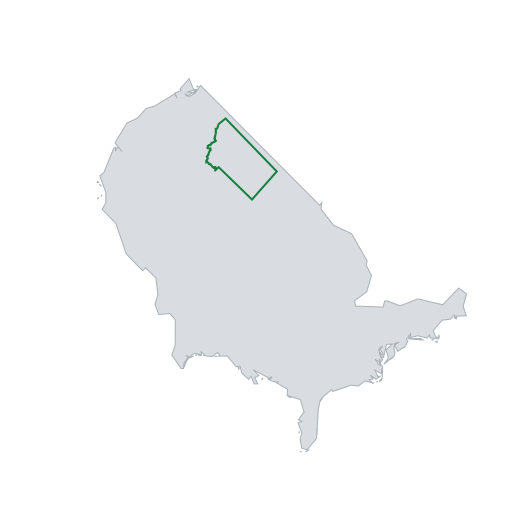 Montana on a map of United States of America (Albers equal-area conic projection), rotated 48°
{"feature_id": "USA-3515", "entity_name": "Montana", "entity_type": "State", "adm_level": 1, "iso_a3": "USA", "parent_name": "United States of America", "parent_adm1": "", "projection": "albers", "projection_center": [-112.826, 46.685], "detail": "fine", "context": "in_parent", "style": "outline", "palette": "green", "viewbox_px": 512, "rotation_deg": 48, "n_neighbors": 0, "source": "natural_earth", "source_scale": "10m", "svg_char_len": 7197}
<svg xmlns="http://www.w3.org/2000/svg" viewBox="0 0 512 512"><g transform="rotate(48 256 256)"><path d="M396.2,164.4L417.2,149.9L415.5,126.8L425.1,125.0L432.0,135.7L441.1,139.8L434.6,147.6L435.3,149.9L432.5,148.2L433.0,153.8L428.2,160.7L430.0,174.2L436.5,176.6L438.7,174.6L436.9,172.9L438.2,173.4L439.8,175.6L433.3,181.4L430.5,179.8L431.6,183.6L423.5,189.2L419.2,197.2L418.6,194.3L417.1,193.1L418.5,200.0L420.9,200.1L422.9,205.5L421.7,214.4L414.9,212.8L415.7,207.2L413.8,211.8L417.4,215.6L420.7,217.2L422.6,219.9L422.0,233.5L420.5,226.0L412.8,222.0L412.5,213.8L409.0,218.1L415.4,227.2L409.5,226.3L408.1,227.4L408.1,223.6L407.5,222.7L407.2,225.9L408.1,228.0L416.7,228.5L416.1,231.0L411.4,229.1L409.9,229.0L415.7,231.3L417.8,231.3L418.0,234.3L415.0,233.4L420.1,235.5L419.5,236.4L417.0,235.3L412.4,236.5L419.3,237.5L422.6,235.7L430.3,243.1L424.0,237.6L427.1,241.7L420.4,243.9L427.1,246.1L428.7,243.7L427.9,249.2L421.1,250.8L425.8,251.1L423.6,254.7L428.1,254.3L421.7,258.6L421.2,266.9L415.5,271.8L408.1,289.5L405.8,288.9L405.6,302.1L406.3,305.0L411.9,312.6L432.1,333.2L434.2,347.6L429.4,350.6L421.5,345.7L418.2,340.3L408.2,336.5L409.5,332.5L406.0,334.0L404.1,324.7L392.4,319.2L380.4,326.1L376.3,321.7L363.5,325.7L364.5,323.1L362.9,325.9L357.4,328.7L356.1,324.7L356.0,327.9L338.7,334.1L346.8,333.9L345.4,338.3L352.2,340.2L349.8,343.0L342.0,340.1L342.7,344.0L333.5,344.9L327.2,341.5L324.9,344.7L311.1,344.3L304.8,351.4L306.4,349.5L302.0,349.1L301.4,356.1L294.3,362.0L295.9,360.4L290.5,360.8L292.8,362.6L287.2,366.7L286.2,374.3L283.2,373.8L286.0,375.2L287.7,381.7L291.1,385.2L289.5,387.0L273.3,384.8L268.2,375.7L249.3,358.6L241.1,358.6L234.4,367.4L224.2,363.3L219.0,354.7L205.4,345.1L191.0,346.0L191.2,350.1L167.9,351.1L137.9,338.3L118.4,339.2L116.1,332.1L108.2,325.0L91.9,318.4L92.3,313.4L80.7,289.6L81.4,287.3L83.9,290.5L82.6,285.5L88.5,285.7L77.5,285.0L70.8,262.8L74.2,251.9L72.8,238.9L76.7,231.2L81.1,207.9L85.9,209.1L80.6,207.2L83.0,201.1L81.1,200.9L79.5,187.1L91.1,191.1L88.0,197.8L92.4,193.3L91.4,199.1L88.4,200.1L90.4,200.7L92.9,198.5L94.3,192.7L92.1,183.1L261.0,174.8L260.3,171.4L264.8,176.4L285.1,177.8L303.3,170.0L334.0,176.7L336.6,180.3L347.8,183.3L356.7,197.7L355.2,212.7L359.8,215.5L379.0,195.8L375.6,190.5L377.1,188.6L389.4,182.3L396.2,164.4ZM427.4,190.2L430.8,187.5L419.4,198.3L428.1,188.1L427.4,190.2ZM92.3,188.9L93.5,192.8L93.3,193.4L91.5,190.3L92.3,188.9ZM290.6,384.1L287.4,378.7L286.9,375.4L287.9,378.8L290.6,384.1ZM435.7,147.5L436.6,149.2L435.9,149.2L435.7,147.5ZM327.8,343.2L328.6,344.4L326.8,343.7L327.8,343.2ZM97.9,324.6L99.9,324.0L100.0,324.2L97.9,324.6ZM95.9,323.9L95.0,324.8L94.5,323.8L95.9,323.9ZM436.8,179.7L436.4,181.4L436.0,181.3L436.8,179.7ZM287.4,372.2L286.8,375.0L288.6,369.4L287.4,372.2ZM425.7,326.3L429.7,330.4L425.2,326.0L425.7,326.3ZM107.5,329.9L108.3,331.4L107.4,330.0L107.5,329.9ZM435.3,348.0L434.4,350.2L435.6,345.9L435.3,348.0ZM432.4,245.9L431.8,248.6L430.8,243.4L432.4,245.9ZM91.1,185.6L91.0,186.7L90.4,186.1L91.1,185.6ZM293.1,363.7L290.5,365.5L293.1,363.3L293.1,363.7ZM440.6,178.1L441.2,179.4L439.9,179.7L440.6,178.1ZM107.2,333.9L107.7,335.8L106.9,334.1L107.2,333.9ZM289.9,366.6L288.9,367.5L289.7,366.3L289.9,366.6ZM423.0,222.3L422.7,225.7L422.7,221.2L423.0,222.3ZM304.2,352.7L302.6,354.2L304.8,351.8L304.2,352.7ZM406.4,303.3L407.0,305.5L406.2,304.1L406.4,303.3ZM428.8,254.4L428.5,255.0L429.3,252.7L428.8,254.4ZM384.8,324.0L383.1,325.8L382.2,325.9L384.8,324.0ZM356.5,328.6L356.2,329.1L354.9,329.4L356.5,328.6ZM415.9,341.5L416.7,342.8L415.3,341.3L415.9,341.5ZM351.8,333.4L351.9,334.8L351.1,332.4L351.8,333.4ZM431.8,353.5L430.6,354.2L432.2,353.1L431.8,353.5ZM423.0,206.5L422.9,208.2L422.9,205.9L423.0,206.5ZM430.8,249.6L430.3,250.4L430.1,250.4L430.8,249.6Z" fill="#d9dde1" stroke="#a8b0b8" stroke-width="1"/><path d="M133.4,186.6L207.1,184.0L207.3,185.7L210.1,210.6L211.3,220.5L211.4,221.2L165.0,224.3L165.1,229.0L164.8,228.9L164.7,228.8L164.5,228.6L164.4,228.4L164.2,228.2L164.0,227.7L163.9,227.7L163.7,227.5L163.7,227.4L163.4,227.0L163.3,226.8L163.0,226.6L162.9,226.6L162.8,226.8L162.7,226.8L162.4,226.9L162.3,227.0L162.4,227.3L162.4,227.5L162.2,227.6L162.1,227.8L162.0,228.0L162.1,228.3L162.3,228.4L162.4,228.5L162.2,228.6L161.8,228.4L161.7,228.4L161.0,228.4L160.9,228.4L160.5,228.7L160.3,228.7L160.1,228.8L159.9,228.7L159.6,228.5L159.3,228.5L159.2,228.5L158.9,228.6L158.2,228.7L157.8,228.6L157.4,228.6L157.2,228.4L157.1,228.5L156.7,228.7L156.5,228.8L156.5,229.0L156.3,229.4L156.1,229.5L155.8,229.3L155.7,229.3L155.4,229.3L155.3,229.2L155.2,229.2L154.4,229.1L154.2,229.0L153.9,229.2L153.7,229.2L153.3,229.6L153.2,229.7L153.2,229.8L153.3,230.1L153.2,230.3L153.1,230.2L152.9,230.0L152.9,229.9L152.6,229.8L152.3,229.6L152.1,229.5L152.1,229.4L152.0,229.1L152.1,228.8L152.1,228.7L151.9,228.6L151.8,228.4L151.6,228.2L151.8,227.9L151.8,227.7L151.6,227.4L151.6,227.2L151.4,226.9L151.2,226.7L151.0,226.4L150.9,226.2L150.7,226.1L150.4,226.1L150.1,226.3L149.9,226.3L149.8,226.1L149.6,226.0L149.3,225.8L149.2,225.8L149.2,225.7L149.1,225.3L149.0,225.2L148.9,225.1L148.9,224.9L149.1,224.8L149.2,224.7L149.2,224.4L149.2,224.2L149.0,223.8L148.8,223.5L148.8,223.3L148.7,223.2L148.4,223.2L148.3,222.8L148.2,222.6L148.1,222.4L147.8,222.1L147.7,222.0L147.7,221.8L147.6,221.7L147.4,221.6L147.4,221.4L147.4,221.2L147.4,220.8L147.3,220.7L147.1,220.5L147.1,220.4L147.1,220.2L147.1,219.9L147.1,219.7L146.8,219.5L146.8,219.4L146.8,219.2L146.9,218.9L146.9,218.7L146.7,218.6L146.4,218.5L146.3,218.4L146.2,218.2L145.8,217.9L145.6,217.8L145.5,218.0L145.3,218.3L145.2,218.4L145.1,218.7L144.9,218.8L144.8,219.0L144.5,219.1L144.3,219.2L144.2,219.2L144.0,219.3L143.9,219.6L143.6,219.8L143.3,219.8L143.2,219.7L142.9,219.4L142.8,219.2L142.6,219.1L142.2,219.0L141.9,218.9L142.0,218.9L142.1,218.7L142.0,218.4L142.2,218.2L142.3,218.1L142.3,217.9L142.3,217.7L142.1,217.3L142.0,217.1L142.0,216.9L142.2,216.6L142.3,216.4L142.7,216.3L142.8,216.3L143.0,216.1L143.0,215.9L142.9,215.7L142.9,215.4L143.0,215.2L142.6,214.9L142.5,214.7L142.5,214.4L142.6,214.1L142.7,213.9L142.4,213.5L142.3,213.4L142.7,213.2L142.8,213.1L142.8,212.7L142.7,212.6L142.7,212.4L142.8,212.2L142.8,211.9L143.0,211.7L143.0,211.3L143.0,211.2L143.2,210.8L143.3,210.7L143.2,210.5L143.2,210.4L143.1,210.2L143.3,210.1L143.5,210.0L143.5,209.9L143.4,209.7L143.5,209.5L143.5,209.3L143.6,209.1L143.6,208.8L143.6,208.7L143.4,208.6L142.9,208.7L142.8,208.8L142.7,208.8L142.4,208.8L142.2,208.8L141.9,208.8L141.7,208.7L141.6,208.4L141.7,208.2L141.4,207.9L141.2,207.9L141.1,208.0L140.9,208.2L140.7,208.1L140.8,207.8L140.8,207.7L140.7,207.5L140.4,207.4L140.2,207.2L139.9,207.0L139.8,206.8L139.8,206.6L139.8,206.3L139.8,206.2L139.6,206.0L139.3,205.7L139.1,205.6L139.0,205.2L138.4,204.6L138.3,204.3L138.1,204.1L137.9,203.9L137.8,203.7L137.6,203.6L137.5,203.4L137.5,203.2L137.4,203.1L137.3,202.9L137.2,202.9L136.7,202.6L136.3,202.6L136.2,202.4L136.1,202.2L135.7,201.7L135.3,201.4L135.0,201.3L134.9,201.2L135.3,201.0L135.4,200.9L135.2,200.6L135.1,200.4L134.9,200.2L135.1,199.9L135.2,199.7L135.0,199.2L135.0,198.9L134.9,198.7L134.7,198.5L134.7,198.4L134.6,198.2L134.4,198.1L134.2,197.5L134.2,197.4L134.0,197.2L133.8,197.0L133.7,196.9L133.6,196.7L133.4,196.4L133.2,196.1L133.0,195.9L133.4,186.6Z" fill="none" stroke="#15803d" stroke-width="2"/></g></svg>